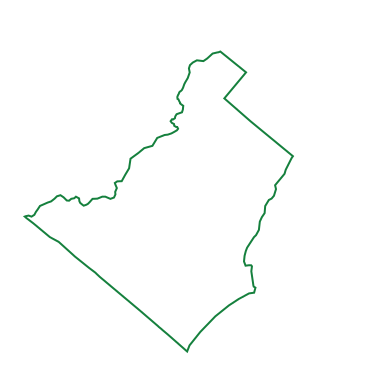 Del Norte, California, United States of America, rotated 220°
{"feature_id": "52423323B27137211377014", "entity_name": "Del Norte", "entity_type": "district", "adm_level": 2, "iso_a3": "USA", "parent_name": "United States of America", "parent_adm1": "California", "projection": "mercator", "projection_center": [-123.792, 41.691], "detail": "fine", "context": "isolated", "style": "outline", "palette": "green", "viewbox_px": 384, "rotation_deg": 220, "n_neighbors": 0, "source": "geoboundaries", "source_scale": "gbopen_adm2", "svg_char_len": 1990}
<svg xmlns="http://www.w3.org/2000/svg" viewBox="0 0 384 384"><g transform="rotate(220 192 192)"><path d="M93.2,66.7L95.3,72.9L95.7,90.2L94.2,111.8L90.8,128.9L87.4,140.2L83.1,151.0L79.7,154.8L81.9,159.5L83.9,159.2L84.7,159.7L95.6,169.4L98.3,173.6L99.5,173.9L101.2,172.6L103.6,170.0L107.5,172.2L110.7,176.9L112.8,181.3L114.0,184.8L115.5,197.2L115.2,200.1L116.4,206.0L121.0,212.9L122.3,217.6L122.8,222.5L126.9,228.3L128.0,235.3L126.8,238.1L126.8,241.8L129.5,248.2L132.7,250.6L132.8,265.4L134.5,269.3L137.5,282.0L137.7,284.3L192.4,283.8L227.4,284.5L227.5,318.4L260.6,317.8L261.5,316.1L262.4,315.1L265.2,311.3L266.2,303.9L267.4,299.6L272.9,296.0L274.6,291.7L275.1,287.9L273.8,284.7L270.6,282.1L268.5,276.6L267.7,271.8L267.2,269.6L265.9,266.2L265.3,263.6L265.5,261.9L265.8,261.1L265.8,260.2L265.5,259.3L265.1,258.2L265.0,257.2L264.3,255.3L262.9,254.0L262.1,254.3L259.8,253.2L258.5,252.8L258.1,252.2L257.0,252.2L254.1,252.4L252.0,249.3L250.9,246.6L252.4,244.1L253.8,241.7L253.4,239.1L252.5,237.5L253.2,235.2L254.0,235.0L254.0,233.2L253.9,232.5L251.9,232.0L249.4,232.5L248.2,231.3L246.1,231.6L245.1,232.3L243.3,231.5L243.2,229.6L244.3,226.5L245.4,223.7L247.4,220.4L249.6,218.1L253.4,211.1L252.0,201.9L256.8,194.9L258.2,187.3L260.5,178.0L255.4,169.7L254.2,162.2L252.8,155.1L256.1,152.1L256.9,149.3L255.2,148.3L252.1,146.7L250.9,142.7L249.1,140.9L248.2,137.6L250.1,134.3L255.4,132.7L257.7,130.8L260.2,126.1L263.8,122.8L263.9,118.6L264.1,116.0L264.8,114.2L266.2,111.9L267.9,111.8L270.7,111.8L272.4,112.6L274.4,114.5L277.9,113.8L278.2,111.5L280.1,109.2L280.6,106.3L282.5,105.0L286.9,105.4L290.7,105.0L292.7,101.9L293.0,98.5L293.9,94.2L295.8,91.1L297.7,87.2L299.5,83.6L299.0,79.5L298.8,76.5L298.1,73.2L299.1,70.0L302.0,68.9L303.8,66.6L304.3,65.7L302.0,65.6L293.7,66.0L271.8,66.1L262.0,68.1L242.4,67.4L240.3,67.3L221.7,67.7L214.2,68.1L211.9,67.9L211.7,67.9L208.0,67.7L157.2,67.7L131.2,67.4L130.9,67.3L127.1,67.4L126.9,67.3L119.2,67.3L93.2,66.7Z" fill="none" stroke="#15803d" stroke-width="2"/></g></svg>